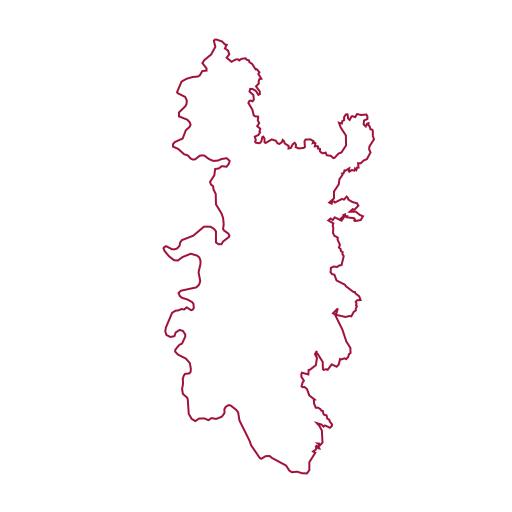 Cañadas de Obregón, Jalisco, Mexico (Albers equal-area conic projection), rotated 298°
{"feature_id": "50627088B32610413083762", "entity_name": "Cañadas de Obregón", "entity_type": "district", "adm_level": 2, "iso_a3": "MEX", "parent_name": "Mexico", "parent_adm1": "Jalisco", "projection": "albers", "projection_center": [-102.677, 21.168], "detail": "fine", "context": "isolated", "style": "outline", "palette": "rose", "viewbox_px": 512, "rotation_deg": 298, "n_neighbors": 0, "source": "geoboundaries", "source_scale": "gbopen_adm2", "svg_char_len": 6138}
<svg xmlns="http://www.w3.org/2000/svg" viewBox="0 0 512 512"><g transform="rotate(298 256 256)"><path d="M363.5,109.4L363.0,110.4L363.2,118.8L360.8,121.9L357.5,123.3L355.1,123.3L346.6,120.6L343.1,122.4L344.1,131.3L342.9,134.8L341.2,136.6L338.5,136.7L334.1,135.0L325.3,136.1L318.5,130.8L315.8,130.2L313.6,131.4L314.0,137.1L312.1,144.7L312.8,148.7L311.4,152.5L311.5,155.0L312.7,156.8L318.3,159.4L319.9,161.8L320.4,163.6L319.5,168.9L319.9,173.6L322.4,177.6L325.4,180.0L328.6,184.2L327.6,188.1L324.6,188.7L321.0,188.1L319.3,183.7L315.8,182.0L313.6,179.1L307.7,181.3L299.8,180.6L298.0,182.7L297.4,185.5L294.8,187.2L291.9,191.3L282.8,196.4L277.3,205.7L274.1,209.1L269.0,212.5L264.3,214.3L263.5,215.8L262.8,221.1L261.4,223.0L260.1,223.2L253.3,220.1L250.2,220.0L248.8,217.4L249.2,214.3L258.9,209.1L260.2,206.3L260.5,202.1L257.5,196.3L244.5,191.1L235.2,183.1L232.3,182.7L229.2,183.7L225.6,182.8L223.5,180.8L222.5,178.5L222.5,172.0L220.5,170.7L219.3,170.8L217.4,173.1L214.9,179.4L213.8,185.7L215.3,189.1L220.7,191.7L227.4,197.4L228.7,203.7L228.1,206.6L225.9,209.1L222.9,210.7L214.7,212.9L207.6,218.6L204.0,219.2L200.3,218.1L190.1,206.0L186.9,205.0L184.9,207.5L184.3,210.2L185.4,215.8L185.3,221.2L184.4,223.2L180.9,225.5L178.9,225.3L177.7,224.2L178.1,218.9L175.1,217.7L174.1,215.0L171.5,213.0L170.1,210.8L166.5,208.6L150.6,210.0L146.8,211.3L144.2,214.1L144.3,218.4L146.9,221.6L150.8,221.0L154.9,223.3L155.5,226.7L153.5,230.4L151.5,231.4L144.0,231.8L141.6,230.1L137.9,229.2L135.2,228.8L133.6,229.5L132.3,233.4L132.5,242.3L130.4,247.8L125.7,251.5L122.8,252.7L121.1,252.3L118.6,248.7L116.4,248.4L113.3,249.0L109.0,251.5L103.8,253.2L99.9,256.2L98.7,261.4L97.6,262.9L85.1,270.7L82.0,275.6L81.7,279.9L85.8,282.1L88.4,286.8L88.7,291.1L92.0,292.8L93.4,297.3L98.0,301.2L99.5,301.5L102.6,301.9L105.9,300.0L108.7,300.1L111.5,301.9L112.1,303.8L110.8,311.0L109.5,313.7L103.0,318.6L89.8,337.1L86.6,340.5L79.3,354.4L79.5,355.9L83.8,358.5L85.8,361.9L85.2,365.0L85.1,380.9L82.2,386.1L81.9,389.1L84.9,393.7L85.9,398.9L88.0,403.1L92.0,403.6L99.0,399.9L110.1,400.7L110.2,398.2L113.1,399.7L115.0,399.3L115.8,398.3L116.8,398.6L115.5,401.2L115.8,402.3L116.9,400.9L119.3,400.0L119.5,398.7L120.0,399.8L119.1,401.4L122.5,402.3L132.8,396.1L135.7,391.8L137.0,388.2L137.9,392.8L137.1,395.8L138.5,396.2L138.9,397.2L139.0,401.9L141.3,402.8L143.0,402.2L144.6,398.6L145.9,397.6L145.9,395.3L148.4,393.1L147.8,390.8L148.4,389.5L150.6,387.7L150.1,386.2L151.0,384.9L151.2,382.0L150.1,380.0L152.9,376.6L155.9,374.7L156.7,375.4L157.9,368.5L162.4,363.5L163.1,360.3L162.0,358.6L162.4,357.3L166.4,356.5L168.3,356.9L170.8,352.6L172.8,351.6L174.5,351.3L176.0,357.8L180.1,356.0L180.9,357.0L187.7,360.1L194.6,357.7L197.1,354.1L200.6,354.2L197.0,355.6L198.5,356.4L193.8,364.6L187.7,368.1L187.2,369.2L189.0,371.1L189.1,372.7L195.8,373.7L196.1,379.2L199.0,380.0L204.5,378.6L204.6,379.7L207.2,382.2L207.2,384.0L210.0,384.8L212.9,384.2L214.8,385.0L219.2,382.4L223.0,375.8L231.5,366.9L240.5,354.4L242.2,353.6L241.4,353.0L241.6,350.9L248.1,352.9L242.4,354.0L241.9,355.2L244.2,363.7L246.9,366.7L247.5,368.5L252.4,368.5L254.9,369.7L256.3,368.8L258.9,368.7L259.5,367.4L260.9,367.3L262.4,365.5L264.4,366.1L266.2,369.0L268.8,366.1L269.7,361.3L270.6,360.3L270.0,358.8L271.5,349.6L272.4,348.0L272.2,338.6L276.3,334.0L275.7,331.8L276.5,329.6L280.7,327.7L283.2,329.6L284.4,332.8L286.8,334.0L288.1,335.8L297.1,333.5L298.3,331.3L300.0,330.8L300.3,328.5L301.8,327.6L302.4,325.2L305.2,324.9L308.9,320.2L310.6,319.6L310.7,315.6L312.6,313.1L317.1,311.1L318.7,309.5L321.1,309.0L321.4,303.2L324.1,304.2L323.8,306.9L327.1,307.4L327.3,314.9L330.3,315.3L329.1,313.4L331.9,314.5L333.2,313.9L334.6,315.1L333.0,316.1L333.9,317.7L332.8,317.9L335.4,325.0L334.9,326.0L333.5,326.1L333.4,327.1L336.9,331.6L341.3,331.8L341.0,328.5L342.0,323.3L339.1,318.1L342.8,319.4L342.8,320.8L343.8,321.4L348.5,322.8L350.0,320.4L348.9,315.8L349.2,310.9L350.3,310.2L351.0,308.2L347.1,307.2L346.7,305.1L340.3,300.6L340.8,299.4L339.9,297.8L337.7,298.3L337.6,295.6L343.5,297.8L349.5,294.6L358.2,295.4L363.0,293.6L368.4,294.3L369.2,293.3L370.5,294.5L373.1,294.0L373.1,294.8L377.2,297.1L374.5,298.1L374.2,298.8L376.9,300.2L377.5,302.8L379.7,302.4L379.1,304.2L381.5,303.7L382.2,305.0L385.9,302.6L386.9,304.9L390.8,306.2L393.6,308.4L401.2,308.5L403.2,305.9L405.9,304.7L414.5,305.4L416.7,302.9L421.6,300.2L422.1,299.4L421.6,297.5L423.6,295.7L424.4,293.8L426.1,293.0L425.0,292.0L421.9,292.1L422.7,289.3L426.3,287.8L429.3,290.0L431.6,288.8L432.7,287.0L429.8,282.5L428.8,278.6L425.1,278.3L424.7,275.3L424.0,274.8L420.1,274.8L420.7,272.7L424.0,270.4L423.2,268.9L419.9,268.6L417.4,270.0L415.6,268.9L413.3,269.6L412.6,266.7L409.2,270.5L404.6,278.8L395.9,283.6L387.4,282.8L385.3,280.8L379.6,279.3L378.7,278.3L379.6,275.2L378.2,271.1L380.0,269.0L378.0,266.8L378.0,264.5L378.6,263.2L380.6,262.2L380.0,260.2L381.6,259.6L381.9,258.7L380.4,256.5L383.5,255.5L383.6,254.5L382.3,253.1L384.4,252.8L384.5,249.3L382.1,245.1L380.2,244.9L375.2,248.0L373.8,247.4L371.0,243.2L370.8,239.9L373.0,239.1L374.1,237.0L371.9,236.0L367.6,236.0L366.2,234.2L368.5,233.2L368.9,228.4L370.5,226.9L371.0,225.1L368.6,225.4L365.9,224.0L365.6,222.1L367.1,219.4L366.3,215.2L360.3,211.4L360.4,210.2L363.7,208.3L364.8,206.4L364.0,205.8L359.6,206.9L358.0,206.6L357.1,206.0L356.0,202.8L356.5,201.6L358.4,201.3L360.8,198.9L363.9,201.3L367.1,201.6L367.4,200.7L370.4,200.0L371.2,196.1L374.9,196.4L376.6,193.9L379.6,192.8L380.1,192.3L379.0,190.1L379.1,188.0L383.4,184.2L387.6,177.4L389.9,177.4L390.8,178.4L390.9,180.3L393.0,180.7L396.9,178.1L398.1,173.1L400.8,172.4L401.8,174.4L401.8,178.1L399.4,182.5L400.9,183.4L403.1,182.0L405.8,176.4L409.7,177.5L411.7,176.2L413.8,176.0L415.0,177.5L417.8,172.6L419.8,172.8L421.3,168.9L420.6,168.0L423.7,162.6L424.1,159.1L425.4,157.9L424.9,155.6L425.7,154.1L423.3,150.6L420.8,149.4L421.3,148.3L420.2,146.0L416.0,143.2L417.3,137.0L421.6,137.7L424.2,134.9L424.7,131.1L428.7,131.0L428.2,129.4L429.5,125.2L428.5,119.3L427.7,118.1L426.3,117.7L421.6,121.9L412.9,121.8L404.7,118.4L401.2,118.1L398.4,124.2L396.5,125.3L394.1,121.8L389.4,121.6L387.3,120.6L384.2,115.9L379.9,111.5L376.1,109.0L374.8,108.4L363.5,109.4Z" fill="none" stroke="#9f1239" stroke-width="2"/></g></svg>